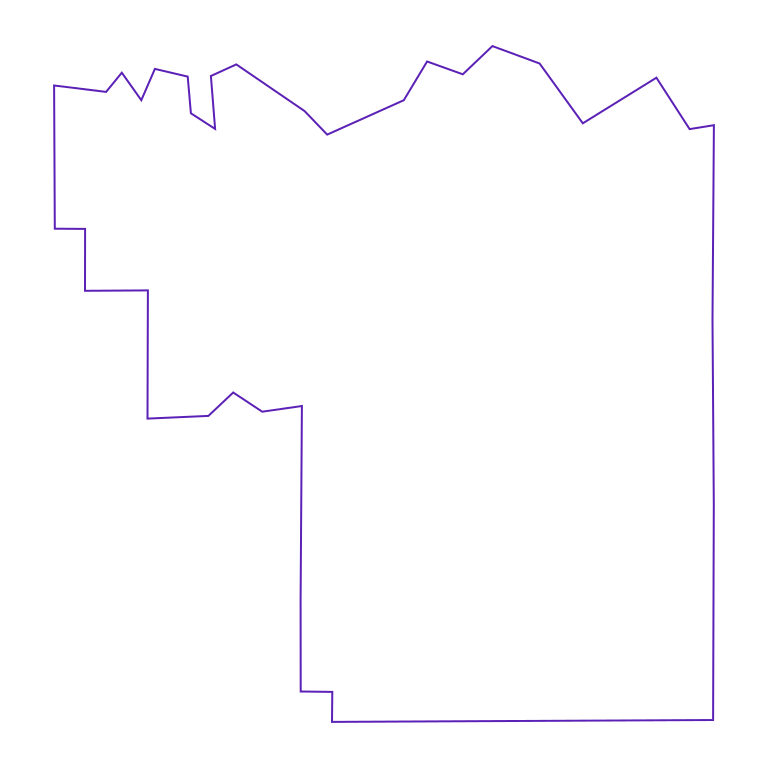 Pike, Indiana, United States of America
{"feature_id": "52423323B70225579188436", "entity_name": "Pike", "entity_type": "district", "adm_level": 2, "iso_a3": "USA", "parent_name": "United States of America", "parent_adm1": "Indiana", "projection": "natural_earth1", "projection_center": [-87.305, 38.392], "detail": "fine", "context": "isolated", "style": "outline", "palette": "violet", "viewbox_px": 768, "rotation_deg": 0, "n_neighbors": 0, "source": "geoboundaries", "source_scale": "gbopen_adm2", "svg_char_len": 565}
<svg xmlns="http://www.w3.org/2000/svg" viewBox="0 0 768 768"><path d="M54.1,85.5L54.8,228.7L85.1,228.9L85.0,290.8L147.9,290.4L147.5,418.6L208.4,415.9L233.2,392.5L262.2,411.7L301.9,406.0L300.6,599.4L300.7,691.5L332.3,691.9L332.0,721.9L713.1,720.0L713.8,504.7L712.5,319.9L713.9,125.2L689.6,129.1L656.4,77.7L582.8,123.3L539.6,63.5L492.4,46.1L462.8,74.3L427.1,61.5L403.8,100.2L327.2,134.6L304.6,111.1L236.3,64.4L210.9,76.0L215.1,128.9L190.9,113.3L187.7,76.6L154.9,68.9L141.3,100.2L121.8,72.7L106.1,91.9L54.1,85.5Z" fill="none" stroke="#5b21b6" stroke-width="2"/></svg>